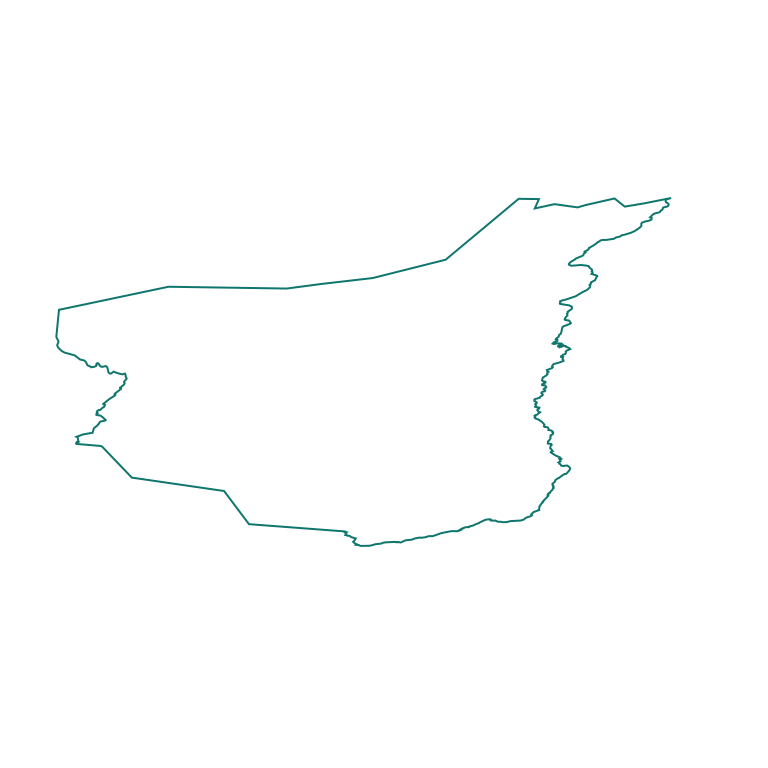 Kárášjohka sme 1, Finnmark, Norway (Equal Earth projection), rotated 350°
{"feature_id": "86288312B66062966513984", "entity_name": "Kárášjohka sme 1", "entity_type": "district", "adm_level": 2, "iso_a3": "NOR", "parent_name": "Norway", "parent_adm1": "Finnmark", "projection": "equal_earth", "projection_center": [25.507, 69.392], "detail": "fine", "context": "isolated", "style": "outline", "palette": "teal", "viewbox_px": 768, "rotation_deg": 350, "n_neighbors": 0, "source": "geoboundaries", "source_scale": "gbopen_adm2", "svg_char_len": 6109}
<svg xmlns="http://www.w3.org/2000/svg" viewBox="0 0 768 768"><g transform="rotate(350 384 384)"><path d="M72.4,295.6L74.9,297.6L84.4,302.1L88.8,307.0L92.9,308.8L94.2,310.4L95.3,314.2L97.8,315.7L98.5,316.7L102.0,316.7L103.5,316.3L104.4,315.4L104.1,314.5L105.2,313.7L106.0,313.9L106.8,314.9L107.4,316.8L108.5,317.9L110.0,318.2L113.0,318.0L113.9,318.7L114.4,319.8L114.7,324.8L115.8,326.1L117.1,326.3L119.8,324.9L124.4,327.5L128.1,329.1L130.7,328.8L131.1,329.7L130.9,331.6L131.5,334.0L128.3,336.8L128.7,338.4L127.6,339.6L124.8,341.1L124.4,341.7L123.4,341.8L123.4,342.1L124.3,342.7L124.0,343.3L117.5,346.6L117.0,347.1L117.4,347.6L117.0,348.1L117.3,348.4L117.0,348.6L111.0,351.1L104.0,354.9L104.3,355.4L105.6,356.1L104.6,357.8L102.3,358.7L100.2,360.2L98.5,360.1L96.5,361.1L96.3,361.6L97.0,362.9L95.5,363.6L95.4,364.4L97.0,365.2L98.5,365.5L99.7,366.3L101.1,367.8L103.7,371.2L103.6,371.4L102.8,371.6L98.0,371.8L97.3,372.2L96.5,373.6L95.1,374.3L94.7,375.0L90.6,377.2L88.6,381.4L79.0,381.4L72.1,382.6L73.0,383.2L73.1,387.2L71.5,387.8L71.6,388.1L72.3,388.3L70.5,389.0L70.7,389.6L94.1,395.8L95.6,396.8L119.4,432.4L207.9,461.6L226.7,498.6L319.9,522.4L320.2,522.7L320.0,522.9L321.2,523.4L320.7,523.6L321.2,523.8L321.1,524.2L320.3,524.3L320.5,524.7L319.7,526.1L321.6,526.7L321.7,527.1L323.1,527.3L324.2,528.0L325.1,529.1L329.3,531.2L328.7,532.1L326.2,534.1L327.5,535.6L327.6,536.0L329.5,537.2L328.8,537.6L331.2,538.2L332.6,539.3L334.1,539.6L341.0,540.7L343.1,540.8L347.8,540.3L353.4,540.7L355.2,540.2L358.0,540.2L366.7,541.3L369.1,541.8L368.8,542.0L369.0,542.1L370.6,542.2L373.0,543.0L377.9,541.7L384.3,542.1L387.5,541.5L392.6,541.4L393.8,541.9L398.0,542.1L401.9,541.6L405.7,542.3L414.6,540.8L419.5,540.7L424.8,540.6L431.2,541.8L433.7,541.2L433.3,540.9L435.9,540.2L435.6,540.0L436.2,539.8L439.6,539.2L442.9,539.7L443.4,539.4L443.3,539.2L444.2,539.0L446.9,538.9L450.4,537.9L453.3,537.5L454.1,537.0L459.6,535.5L461.6,535.3L465.3,535.7L465.8,536.3L465.4,536.9L465.6,537.1L470.1,537.9L472.2,539.4L475.6,540.1L476.8,540.7L480.9,541.3L484.9,541.0L494.9,542.2L498.4,541.7L499.6,540.8L502.3,540.0L504.9,539.8L506.4,539.3L506.9,539.0L506.4,537.9L509.1,536.1L514.8,535.1L514.6,534.5L515.2,534.0L515.7,531.6L516.9,530.9L517.2,530.0L520.4,527.6L520.5,527.4L520.2,527.2L520.5,526.9L526.2,522.8L526.7,522.0L525.9,521.6L526.5,520.7L527.3,520.1L528.7,519.9L528.8,519.4L530.6,517.9L531.7,517.4L532.0,516.5L533.1,515.8L532.6,515.1L533.2,514.1L532.5,513.4L532.8,512.8L532.4,511.9L532.7,511.5L534.7,510.3L535.7,509.3L535.9,508.6L538.2,507.3L540.6,506.7L541.5,506.0L546.1,504.0L547.9,504.1L551.6,501.2L552.7,499.6L552.2,498.2L550.4,496.2L548.6,495.9L546.4,496.0L544.3,495.1L544.0,493.9L542.7,492.8L542.8,491.7L542.5,491.5L544.4,490.8L544.0,489.4L545.4,488.7L544.1,488.0L545.0,487.6L544.9,487.1L540.4,484.1L536.3,480.3L536.5,479.9L538.5,479.4L537.8,478.5L537.8,478.0L537.2,476.9L536.7,476.6L536.5,475.9L537.4,473.8L538.4,473.2L538.2,473.0L538.4,472.6L538.1,472.0L535.0,471.1L535.0,470.8L535.6,469.0L537.4,467.8L538.5,466.6L538.5,465.3L539.1,464.7L538.9,464.0L539.2,463.4L541.0,463.0L541.9,462.3L542.1,461.5L541.6,461.3L541.4,460.7L541.9,460.1L540.4,458.7L537.9,457.8L538.3,457.0L537.9,455.4L536.3,454.5L535.0,454.3L534.1,453.5L535.0,452.0L533.3,449.2L531.8,447.4L530.8,446.9L530.6,446.2L527.6,444.5L526.6,443.5L526.5,443.0L527.4,442.4L527.4,442.0L526.8,441.4L527.1,441.1L529.8,440.7L530.7,439.9L532.8,438.9L531.2,437.8L530.4,436.3L530.8,435.7L532.4,435.1L532.9,434.3L528.9,432.7L530.0,431.3L529.5,430.6L529.5,430.0L530.9,429.5L531.2,428.6L529.1,426.8L529.5,426.2L529.4,425.5L530.0,425.1L535.0,424.6L535.0,424.2L535.8,423.6L537.6,423.0L538.6,422.0L537.4,420.3L537.7,419.7L538.6,419.2L540.9,419.1L541.7,418.6L541.7,418.2L540.4,416.8L541.2,416.2L543.0,415.7L543.3,415.3L542.4,413.4L539.7,412.7L539.5,412.4L539.9,411.6L541.4,411.5L541.6,411.1L543.2,410.7L543.4,409.8L541.2,409.0L540.2,407.9L541.5,405.3L545.7,403.6L546.0,403.0L546.7,402.7L546.5,401.6L547.1,400.9L548.0,400.6L547.1,399.6L546.8,398.6L552.2,397.5L553.1,396.8L552.6,396.1L552.9,395.8L552.8,395.4L554.6,393.8L560.4,393.3L564.8,392.4L564.9,391.8L564.1,390.5L565.0,388.5L563.1,388.1L563.1,387.5L564.8,386.9L565.2,386.4L567.8,385.8L568.6,385.0L568.6,383.6L569.9,382.8L573.5,382.0L572.5,380.6L569.9,379.1L569.7,378.9L569.9,378.6L569.0,377.9L567.6,377.7L563.2,378.4L562.7,377.5L562.0,377.2L562.2,376.7L562.7,376.5L566.6,376.0L565.9,375.0L561.9,374.1L558.2,374.1L557.1,373.5L558.4,372.5L562.1,371.8L562.5,370.7L561.9,370.1L560.9,369.9L561.2,369.3L564.2,367.8L564.9,366.2L567.1,365.0L569.5,359.1L571.1,358.3L577.9,357.0L578.6,356.5L577.4,353.7L573.6,352.4L573.4,352.2L573.7,351.7L573.3,351.3L574.4,350.0L576.6,348.2L576.4,346.5L577.4,345.7L577.4,344.8L581.5,342.9L582.0,342.5L582.5,341.2L582.2,340.3L580.0,338.7L571.3,335.7L571.1,335.2L571.9,334.1L571.7,333.2L573.4,332.7L577.9,332.4L587.9,330.9L595.3,328.0L600.4,326.6L603.6,324.5L604.2,323.0L603.6,322.2L605.0,321.3L605.5,320.5L605.4,319.9L609.9,318.4L611.9,315.6L612.8,314.9L612.4,314.2L607.5,311.6L608.8,310.6L608.8,309.9L608.1,309.2L608.7,308.2L608.7,307.5L606.4,304.9L606.4,304.0L605.8,303.4L603.8,302.5L598.6,301.0L589.2,300.1L587.3,299.0L586.8,298.5L586.9,297.9L588.5,296.5L593.9,294.4L594.6,293.8L601.7,292.2L602.9,291.5L603.5,290.3L605.3,289.4L604.6,288.5L604.9,288.3L607.7,287.5L609.6,286.1L609.6,285.6L614.4,283.9L618.1,282.2L618.7,281.6L621.1,280.9L622.1,280.2L624.2,280.1L628.0,280.7L635.8,280.9L637.8,280.0L641.8,279.8L644.2,278.8L647.4,278.7L653.6,277.9L657.1,277.0L661.3,275.3L664.6,273.4L665.1,272.3L665.1,271.0L666.0,270.0L669.3,269.3L673.2,269.2L676.0,268.5L676.4,266.8L675.0,266.1L678.5,263.6L680.8,263.0L685.3,262.7L686.0,262.3L686.5,261.4L688.4,260.7L689.6,258.7L693.6,258.4L694.9,257.9L695.4,257.1L695.5,256.2L694.5,254.9L693.3,254.0L693.1,252.9L693.3,252.1L693.7,251.6L694.7,251.2L699.1,250.7L671.5,251.3L651.9,251.1L643.2,241.3L613.6,242.8L605.4,243.7L583.1,236.5L563.0,237.3L568.7,228.8L548.8,225.0L466.3,272.3L391.3,277.7L339.6,274.6L304.8,273.1L188.6,250.8L76.8,254.5L69.6,280.2L69.6,281.5L70.8,285.1L70.6,286.2L68.9,289.0L69.2,291.0L70.1,292.6L72.4,295.6Z" fill="none" stroke="#0f766e" stroke-width="2"/></g></svg>